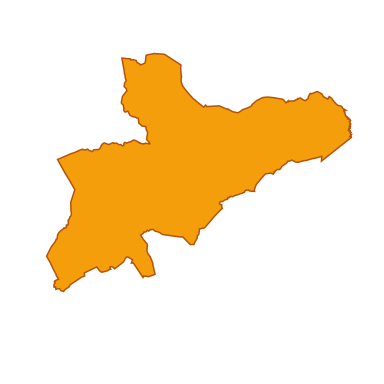 outline of Dunalkas pag., Durbes, Latvia, rotated 106°
{"feature_id": "27541924B30514454851640", "entity_name": "Dunalkas pag.", "entity_type": "district", "adm_level": 2, "iso_a3": "LVA", "parent_name": "Latvia", "parent_adm1": "Durbes", "projection": "albers", "projection_center": [21.324, 56.682], "detail": "fine", "context": "isolated", "style": "filled", "palette": "amber", "viewbox_px": 384, "rotation_deg": 106, "n_neighbors": 0, "source": "geoboundaries", "source_scale": "gbopen_adm2", "svg_char_len": 5854}
<svg xmlns="http://www.w3.org/2000/svg" viewBox="0 0 384 384"><g transform="rotate(106 192 192)"><path d="M197.8,330.2L207.7,320.4L213.3,314.3L222.0,305.3L235.4,305.7L242.4,303.5L246.6,301.8L248.5,301.9L249.7,302.6L250.9,302.5L252.8,302.7L253.0,303.2L253.3,303.2L254.2,303.1L255.5,302.3L256.5,302.4L257.2,301.9L258.2,302.5L258.1,302.9L258.5,303.7L259.8,303.1L260.1,303.3L261.1,303.3L261.3,304.1L262.0,304.4L262.0,305.3L262.5,305.3L265.9,307.8L268.0,308.9L270.4,309.4L273.8,308.8L274.5,309.0L274.7,309.5L277.4,309.8L284.0,312.3L293.8,314.1L299.2,308.6L304.3,304.2L308.7,299.9L309.8,299.3L312.6,296.3L315.1,299.3L316.1,299.5L316.4,299.5L316.5,298.8L317.4,298.6L319.1,299.2L321.5,298.4L320.8,297.5L321.0,296.9L323.1,296.0L322.0,294.4L321.6,292.9L321.7,292.3L323.0,290.7L323.0,288.0L321.1,287.3L318.1,285.0L318.2,284.9L317.3,284.1L314.7,283.5L304.1,274.5L302.3,272.0L299.5,273.3L290.3,262.9L293.3,259.0L294.0,257.1L293.5,255.7L290.9,251.3L289.6,250.4L288.7,248.8L286.9,250.3L286.1,249.6L286.0,247.2L287.2,245.2L278.0,238.5L274.8,237.9L272.5,236.9L272.2,235.4L273.5,230.5L277.1,230.7L276.4,228.8L287.7,215.5L286.6,215.1L286.2,215.4L285.7,213.3L285.4,210.4L281.3,204.8L273.4,209.2L271.4,210.0L266.0,214.1L265.2,215.0L263.7,217.2L261.2,219.1L255.0,220.3L254.4,220.7L253.0,222.9L252.2,223.7L251.0,225.8L247.6,229.5L244.9,227.3L243.8,227.2L243.5,226.2L242.6,224.8L241.0,224.5L241.5,222.8L239.4,221.5L239.7,221.2L238.7,219.2L239.8,216.7L239.7,214.8L239.8,212.4L241.0,208.9L239.1,195.2L238.4,190.8L237.8,188.1L238.5,187.1L243.0,179.1L241.9,175.6L240.7,175.7L235.1,174.3L233.0,174.8L230.8,173.8L225.4,174.6L223.2,170.3L221.9,169.5L208.9,163.6L202.6,160.3L199.8,158.7L199.6,158.3L198.4,159.2L196.7,159.7L196.5,159.9L196.3,160.7L196.1,160.6L196.2,161.0L195.9,161.8L195.2,162.6L194.3,162.5L193.1,161.7L192.9,160.2L190.2,157.8L189.7,156.9L189.4,156.0L189.2,155.9L188.6,156.0L188.2,155.6L187.5,155.9L187.5,155.7L187.3,155.5L187.3,155.1L187.1,154.5L186.5,154.1L185.9,154.2L185.5,153.7L185.3,151.5L183.8,150.2L182.9,148.6L177.9,141.5L177.4,141.6L175.9,141.2L174.5,138.6L174.7,137.9L175.1,137.2L174.9,135.9L175.0,135.2L174.1,132.0L173.0,132.6L171.8,132.6L168.5,132.5L165.7,131.8L154.8,126.7L154.4,126.5L153.4,124.3L152.3,121.9L152.2,120.8L152.5,119.0L151.0,118.3L150.4,118.9L149.6,117.7L149.0,117.8L146.7,116.0L146.4,114.2L145.5,113.4L142.7,112.7L140.0,110.6L139.7,110.6L139.5,110.2L139.0,109.6L137.8,108.9L136.1,108.4L136.0,108.0L135.0,106.1L133.8,105.0L133.8,104.5L134.1,103.4L134.6,100.5L134.4,98.6L130.9,92.7L130.3,91.1L126.8,85.5L125.7,83.2L122.0,77.1L126.7,76.1L95.5,53.8L95.0,54.1L95.7,54.6L95.3,55.0L95.3,55.6L94.8,55.5L94.8,55.1L93.1,54.6L93.3,55.0L93.2,55.3L92.7,55.3L92.2,55.6L91.4,55.5L91.6,56.0L91.0,56.1L91.3,56.8L91.1,56.6L90.9,56.8L90.5,56.4L89.8,56.8L90.3,57.2L89.7,57.4L89.7,57.8L89.2,57.7L88.4,58.2L88.7,58.6L88.3,58.5L87.7,58.7L87.5,58.3L87.7,57.8L87.4,57.5L87.0,57.6L87.3,57.7L87.3,58.0L86.9,58.2L86.6,57.9L86.3,58.4L85.8,58.7L85.3,58.3L84.9,58.6L84.6,58.0L84.2,58.3L84.4,58.6L83.9,58.8L83.5,58.8L83.5,58.3L82.8,58.2L82.8,58.8L82.6,58.9L82.6,59.1L81.2,59.4L81.2,59.8L80.8,59.4L80.1,59.3L80.2,60.0L79.7,59.3L78.7,60.1L79.1,60.8L79.0,61.3L78.7,60.8L77.7,61.9L78.2,62.9L77.6,62.9L77.4,63.2L77.5,63.6L76.9,63.8L76.6,65.4L75.8,65.5L74.7,66.5L73.7,66.7L73.0,67.8L72.4,67.5L72.3,68.2L72.2,68.4L71.8,68.4L71.0,67.4L70.9,67.0L70.4,68.8L70.6,69.0L70.3,69.7L69.2,70.9L68.3,72.3L68.5,75.3L67.9,77.2L65.9,80.5L65.2,81.2L64.8,82.1L63.5,83.5L62.6,85.8L62.4,86.4L65.3,87.1L64.1,92.2L63.2,92.8L62.2,93.9L61.5,95.9L60.9,99.1L61.2,99.9L63.4,102.4L64.8,104.8L64.6,105.2L64.6,105.6L68.3,106.4L70.1,106.2L73.0,108.2L72.9,109.7L72.5,111.5L71.7,113.5L71.8,114.0L73.1,115.7L73.4,115.9L73.3,116.2L73.7,116.1L73.7,116.3L75.0,117.6L75.1,117.9L75.3,117.8L75.7,118.3L76.0,118.4L76.3,119.0L76.3,119.3L76.7,119.9L77.1,121.6L78.1,123.6L77.8,123.9L78.0,123.9L78.1,124.5L78.5,124.6L78.3,124.8L78.7,125.1L78.6,125.3L79.5,125.6L80.4,126.2L78.0,129.7L77.9,131.0L78.7,138.1L78.6,138.3L79.5,143.3L79.7,144.8L81.1,148.7L82.1,150.5L86.6,155.3L91.0,158.1L93.5,159.0L96.5,162.5L96.8,163.1L98.8,165.9L100.9,167.5L103.2,169.7L103.6,174.7L102.7,179.5L102.2,180.4L102.8,181.0L101.7,189.7L105.8,201.3L104.9,202.4L104.7,203.0L106.6,203.7L107.2,204.2L103.2,213.7L102.9,213.8L102.2,216.0L101.5,217.5L100.6,218.6L99.4,220.8L95.9,225.9L93.5,229.2L92.1,230.6L88.7,233.0L84.1,234.1L84.0,233.9L83.7,234.2L75.9,237.1L73.0,237.6L67.2,256.4L69.2,265.8L69.2,266.4L72.6,272.8L73.3,273.8L80.7,272.6L82.0,273.8L83.4,275.7L84.1,276.3L83.4,277.4L82.9,279.3L82.7,280.6L81.7,281.5L81.0,281.7L81.0,285.0L82.0,287.1L81.0,287.7L82.6,296.3L93.4,291.0L97.7,289.1L98.0,288.6L100.5,287.7L101.5,287.2L102.7,285.9L106.0,286.8L109.0,286.4L109.4,286.1L110.6,283.8L112.7,282.5L117.5,284.6L119.6,285.2L125.7,284.6L126.5,283.9L127.0,282.4L129.4,280.9L132.5,280.0L133.6,278.4L133.3,277.6L132.1,276.5L132.0,275.9L135.3,272.9L135.9,270.2L135.7,266.7L136.0,265.8L136.0,264.4L136.6,263.7L140.5,262.1L141.5,259.8L142.3,258.6L141.9,254.9L141.9,254.3L144.4,253.4L146.0,251.8L147.0,251.1L154.0,250.1L156.8,245.9L157.2,245.7L157.7,247.7L157.7,248.9L158.1,250.5L159.0,251.5L159.4,253.3L159.3,254.5L159.0,256.2L159.3,256.1L158.4,258.9L158.0,260.8L158.1,262.2L158.6,263.1L160.6,264.6L161.2,266.1L162.9,268.2L163.0,268.6L162.8,269.8L162.9,270.3L164.0,270.9L165.9,270.4L166.5,271.1L166.7,271.8L166.6,272.1L166.0,273.5L166.6,275.1L166.6,275.6L165.9,277.4L165.9,278.3L166.7,280.0L166.4,281.3L166.6,281.9L169.3,285.0L169.3,285.9L169.0,289.5L169.1,289.9L169.5,290.5L170.3,290.9L170.8,291.6L171.7,291.6L172.5,292.1L173.2,292.0L175.5,292.6L176.8,293.4L177.5,295.1L177.6,295.8L178.0,296.4L178.3,297.7L178.7,298.2L180.5,298.8L180.7,299.2L180.4,300.5L180.6,301.7L180.5,302.2L179.6,304.0L179.6,304.3L180.8,305.8L181.3,307.2L181.0,309.0L183.4,312.3L183.5,312.2L186.5,315.9L188.4,318.7L197.8,330.2Z" fill="#f59e0b" stroke="#b45309" stroke-width="1.5"/></g></svg>